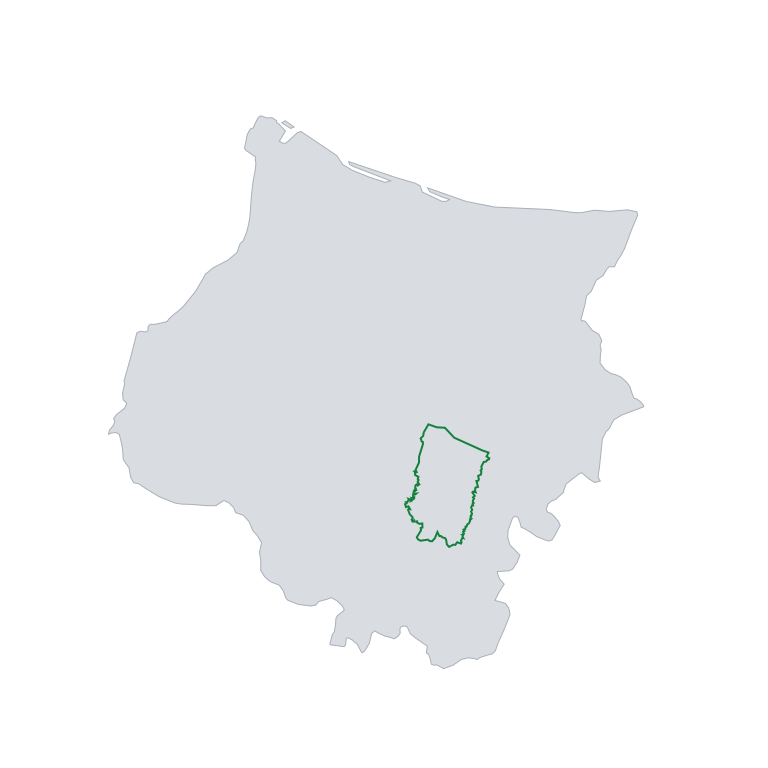 Worodougou, Worodougou, Ivory Coast (highlighted), rotated 204°
{"feature_id": "98640826B81277132888560", "entity_name": "Worodougou", "entity_type": "district", "adm_level": 2, "iso_a3": "CIV", "parent_name": "Ivory Coast", "parent_adm1": "Worodougou", "projection": "mercator", "projection_center": [-6.759, 8.427], "detail": "medium", "context": "in_parent", "style": "outline", "palette": "green", "viewbox_px": 768, "rotation_deg": 204, "n_neighbors": 0, "source": "geoboundaries", "source_scale": "gbopen_adm2", "svg_char_len": 5557}
<svg xmlns="http://www.w3.org/2000/svg" viewBox="0 0 768 768"><g transform="rotate(204 384 384)"><path d="M187.0,170.1L189.4,170.0L195.6,168.2L201.2,164.0L206.5,155.3L213.6,148.3L221.6,148.8L224.0,147.5L226.8,147.3L230.2,151.9L233.6,155.4L236.0,155.5L237.7,162.1L252.4,164.9L258.6,166.7L263.9,171.5L265.7,171.7L268.0,170.6L269.7,169.0L270.0,167.1L267.8,162.7L268.8,158.8L271.1,155.3L274.9,155.1L280.6,154.1L287.1,154.1L291.9,154.7L293.8,151.2L292.0,141.3L292.5,135.9L293.3,131.3L295.1,129.5L302.3,135.2L308.9,137.3L313.7,137.5L315.0,136.4L313.0,130.1L313.5,128.2L315.3,127.1L318.4,126.5L326.9,123.9L327.7,124.4L329.3,134.3L328.6,137.6L330.4,144.3L332.6,150.5L332.4,153.1L330.6,156.9L328.5,160.5L328.7,161.9L332.1,164.4L338.5,166.8L345.2,167.4L348.9,163.8L352.8,160.8L355.5,158.2L356.4,154.3L360.6,151.4L372.7,147.8L383.8,147.3L386.5,148.4L391.6,153.9L397.9,157.6L407.7,157.2L414.7,159.4L420.8,163.6L424.9,172.9L429.3,179.6L431.3,189.2L438.4,194.2L443.9,196.5L451.4,203.4L459.1,206.9L467.2,206.1L470.9,209.8L476.9,212.3L482.9,212.5L488.1,204.5L495.1,201.3L512.7,195.0L519.6,192.1L526.7,190.2L543.6,189.6L559.4,191.6L567.2,193.1L572.6,192.0L577.6,195.8L582.9,203.8L587.2,206.3L591.6,209.1L594.8,215.4L598.6,221.6L600.7,224.4L605.5,230.5L609.5,230.6L613.5,228.0L615.2,226.0L616.0,230.1L614.4,236.6L614.7,240.7L617.0,242.3L615.8,247.5L611.1,256.5L611.1,261.7L615.7,263.4L619.0,269.0L621.0,278.6L623.0,281.8L623.1,283.7L626.5,306.9L630.6,330.2L628.0,333.2L624.4,334.1L622.0,335.2L621.4,337.3L622.9,340.5L621.9,343.4L617.4,345.4L607.6,352.8L607.0,355.7L604.4,362.0L602.2,365.8L599.0,372.9L593.9,391.7L592.1,407.3L591.8,412.1L589.8,415.5L587.6,420.3L577.0,433.6L571.6,444.5L572.3,449.2L572.5,454.0L570.9,457.4L571.2,466.6L572.5,474.3L574.4,481.9L582.1,503.2L586.1,516.2L588.6,526.7L590.8,533.7L592.8,536.5L593.7,539.2L605.1,541.2L607.3,542.7L610.4,556.3L609.9,562.5L607.6,564.8L607.7,570.0L607.2,576.5L605.5,579.0L599.1,579.4L594.8,581.8L589.1,580.8L588.5,579.2L585.5,578.7L577.0,575.0L578.4,563.2L574.5,562.7L571.4,564.2L565.4,578.4L562.5,580.9L520.2,573.5L511.0,567.7L500.0,566.3L480.9,567.0L465.0,568.7L460.5,572.3L500.4,570.2L504.7,570.6L506.7,572.8L456.2,577.5L437.0,580.2L431.3,579.5L427.0,574.9L406.0,574.4L401.7,575.9L399.1,579.2L407.4,578.5L420.4,578.3L423.9,580.9L383.2,584.2L355.0,590.6L343.0,595.3L303.6,610.8L279.6,618.1L273.3,620.8L262.4,628.4L248.4,633.2L232.6,642.1L223.0,644.1L220.9,641.3L220.6,626.2L219.3,606.0L219.8,598.2L221.1,590.9L221.1,584.9L225.9,582.7L227.1,580.1L227.9,572.3L232.3,565.1L232.4,552.7L233.7,550.0L234.8,546.7L232.8,538.6L230.3,523.1L229.1,522.1L228.1,522.8L225.5,523.1L215.6,517.7L208.0,516.8L202.7,512.2L202.3,507.0L199.7,504.0L197.9,498.0L195.2,491.1L187.7,486.9L180.6,485.9L175.6,486.8L169.7,486.6L163.0,484.3L158.3,481.6L153.9,476.6L149.8,472.6L146.6,473.1L142.6,472.1L138.7,470.3L137.4,468.9L153.8,452.8L159.3,445.0L159.9,440.2L160.0,435.3L161.8,430.4L162.2,422.8L153.2,395.2L150.9,386.7L148.4,384.2L146.9,383.3L151.4,379.7L157.8,380.6L167.5,383.4L169.6,380.7L176.9,366.8L176.7,361.6L176.0,358.0L180.2,348.5L183.7,344.8L185.4,340.8L184.9,335.4L182.3,333.4L178.9,333.7L174.8,332.4L168.7,329.3L165.5,326.5L166.5,313.9L167.1,310.0L169.2,307.7L172.6,307.1L182.2,306.7L190.0,308.2L196.8,309.0L200.5,309.0L203.4,312.7L207.3,316.6L210.8,316.5L212.0,313.7L211.2,301.2L208.9,294.7L203.7,288.3L190.2,282.9L189.9,275.3L191.2,267.1L194.1,264.0L204.2,258.8L202.4,256.0L199.2,253.0L192.8,250.0L194.3,240.1L194.6,231.4L189.2,232.3L183.7,232.9L179.0,230.1L175.1,224.8L174.4,210.1L174.4,193.1L173.7,185.6L175.2,181.6L179.9,177.9L185.1,173.1L187.0,170.1ZM583.6,581.0L581.4,584.3L570.7,582.2L573.2,579.5L583.6,581.0Z" fill="#d9dde1" stroke="#a8b0b8" stroke-width="1"/><path d="M261.5,348.2L261.2,353.3L259.1,354.8L258.7,356.7L257.4,357.9L257.6,359.0L260.8,359.5L260.6,363.9L267.2,363.3L298.0,363.5L310.6,368.8L318.2,365.9L327.0,365.2L328.0,355.9L327.1,352.5L328.4,349.2L326.1,346.8L325.0,346.9L324.0,345.1L322.4,331.8L320.1,326.6L320.2,318.0L319.3,317.6L320.5,316.6L318.7,316.3L319.6,315.4L318.5,313.5L314.8,313.2L314.6,311.0L313.3,310.3L313.5,308.3L310.9,306.6L311.9,305.1L312.8,306.2L314.0,304.2L312.8,300.6L312.2,301.1L311.5,300.2L312.8,299.6L312.2,298.8L313.2,298.1L312.4,295.8L309.9,297.1L310.7,295.6L312.5,295.0L311.4,292.4L310.3,292.9L309.9,291.7L312.3,291.1L310.8,290.2L311.3,288.7L312.3,289.5L312.5,288.2L313.1,289.1L314.6,289.0L313.5,288.3L314.5,288.0L314.6,285.7L315.9,284.9L314.9,284.1L315.9,282.8L313.8,280.5L311.9,282.2L309.4,280.3L310.6,280.1L310.9,278.9L307.4,275.4L304.0,274.1L303.1,273.0L303.6,271.4L302.2,270.1L301.2,271.5L300.8,270.4L297.9,272.0L297.2,270.8L294.6,270.7L292.3,272.2L290.5,268.5L291.9,267.4L290.7,265.4L291.7,257.3L289.7,255.9L286.9,255.7L280.5,259.7L278.3,259.1L276.1,259.9L274.8,263.9L275.0,270.5L271.6,267.6L270.2,268.3L268.3,267.6L265.6,268.1L263.9,267.0L261.3,263.0L258.3,261.7L255.2,265.5L253.4,266.0L252.8,269.2L248.8,269.5L248.7,270.9L250.0,272.1L249.8,275.4L249.0,275.5L250.1,276.2L250.2,278.2L251.3,278.2L250.1,279.8L251.7,281.3L250.7,282.6L252.1,283.4L250.8,284.7L251.5,286.8L250.5,287.4L250.9,289.4L249.8,291.1L249.6,293.7L250.3,294.5L249.4,296.3L250.4,296.3L250.8,298.4L249.7,298.6L251.1,298.8L250.7,301.1L252.5,302.9L252.3,305.1L254.1,306.4L254.3,308.5L253.2,309.3L254.3,310.3L253.7,311.8L254.9,312.3L255.4,313.9L255.1,315.9L256.6,316.7L255.6,318.7L259.2,320.9L258.9,321.9L256.2,322.4L257.6,323.7L258.3,326.6L256.3,328.2L260.1,333.0L258.7,333.8L258.5,335.3L260.6,338.4L258.6,340.7L259.4,343.5L260.6,344.3L260.0,346.0L261.5,348.2Z" fill="none" stroke="#15803d" stroke-width="2"/></g></svg>